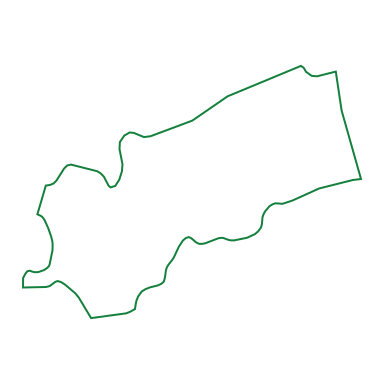 an SVG outline of Ascoli Piceno
{"feature_id": "ITA-5431", "entity_name": "Ascoli Piceno", "entity_type": "Province", "adm_level": 1, "iso_a3": "ITA", "parent_name": "Italy", "parent_adm1": "", "projection": "albers", "projection_center": [13.465, 42.882], "detail": "fine", "context": "isolated", "style": "outline", "palette": "green", "viewbox_px": 384, "rotation_deg": 0, "n_neighbors": 0, "source": "natural_earth", "source_scale": "10m", "svg_char_len": 1541}
<svg xmlns="http://www.w3.org/2000/svg" viewBox="0 0 384 384"><path d="M335.8,71.6L341.6,110.5L361.0,179.0L352.9,180.0L319.0,188.5L292.3,200.6L282.5,203.8L275.4,203.3L272.5,204.3L269.5,206.2L265.3,211.1L263.5,214.3L262.5,217.2L262.0,223.2L261.6,225.6L260.7,227.9L259.4,229.7L258.1,231.4L254.8,234.2L246.9,237.8L234.0,240.4L230.4,240.3L227.9,239.7L223.7,238.1L221.3,237.8L218.3,238.3L205.2,243.3L202.0,243.9L199.5,243.9L197.4,243.1L195.6,242.0L192.5,239.2L190.7,237.9L188.6,237.1L185.8,238.1L182.9,240.5L178.9,246.6L173.7,257.7L172.5,259.5L168.6,264.5L167.4,266.4L166.4,268.6L165.8,271.1L165.1,276.6L164.5,279.3L163.8,281.6L161.5,283.7L158.0,285.4L150.2,287.3L145.6,289.1L141.7,291.5L138.1,296.5L136.6,300.2L135.8,303.5L135.0,309.0L130.4,311.6L126.4,313.3L91.1,318.1L78.8,297.6L75.3,293.3L64.9,284.5L61.1,282.1L58.0,281.1L56.5,281.4L55.1,282.0L50.2,285.7L48.2,286.5L45.8,287.0L23.0,287.5L23.1,278.1L25.4,273.7L27.4,271.2L30.0,270.7L32.0,271.6L34.8,272.2L38.2,272.1L44.0,270.1L47.1,268.0L49.0,266.1L49.7,264.1L52.5,250.2L52.6,246.7L52.6,243.6L52.3,241.2L51.2,236.7L48.2,228.1L44.6,220.2L43.5,218.4L42.1,216.8L40.7,215.8L37.4,214.3L45.8,185.6L50.1,184.9L53.5,183.5L56.3,180.8L64.2,168.4L67.2,165.5L71.0,164.6L97.1,171.2L100.6,173.3L103.9,176.7L108.6,185.7L110.5,187.4L115.3,185.9L119.3,179.6L121.9,171.4L122.5,164.4L119.5,149.0L119.9,142.0L124.3,135.6L129.6,132.5L133.8,132.9L144.0,137.1L150.6,136.2L192.3,120.6L227.6,96.3L300.9,65.9L303.7,67.8L306.0,71.8L311.8,75.9L317.0,76.3L335.8,71.6Z" fill="none" stroke="#15803d" stroke-width="2"/></svg>